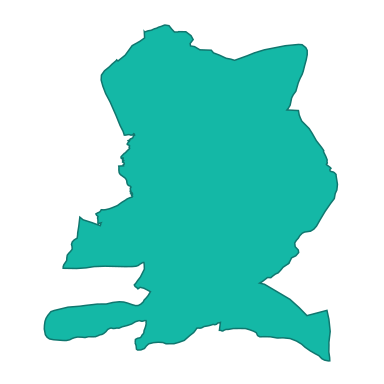 Mbeya Urban, Mbeya, United Republic of Tanzania, rotated 91°
{"feature_id": "72390352B25057310038558", "entity_name": "Mbeya Urban", "entity_type": "district", "adm_level": 2, "iso_a3": "TZA", "parent_name": "United Republic of Tanzania", "parent_adm1": "Mbeya", "projection": "equal_earth", "projection_center": [33.492, -8.905], "detail": "fine", "context": "isolated", "style": "filled", "palette": "teal", "viewbox_px": 384, "rotation_deg": 91, "n_neighbors": 0, "source": "geoboundaries", "source_scale": "gbopen_adm2", "svg_char_len": 5953}
<svg xmlns="http://www.w3.org/2000/svg" viewBox="0 0 384 384"><g transform="rotate(91 192 192)"><path d="M308.0,55.0L313.6,74.9L305.8,82.8L297.6,92.2L283.0,117.9L281.9,122.8L280.3,120.1L276.2,115.0L276.3,111.7L274.7,109.9L272.6,107.2L271.3,104.4L268.3,101.7L265.7,99.7L262.7,95.4L262.4,94.7L261.7,94.4L261.6,93.9L261.2,93.5L260.6,93.5L260.6,93.4L256.1,91.3L254.0,87.1L250.7,84.3L248.2,84.7L244.9,87.9L241.1,88.4L238.5,86.8L236.3,84.9L233.7,83.4L231.3,81.1L230.1,78.8L229.1,72.8L227.0,69.5L223.9,66.9L217.1,63.2L209.1,58.6L201.0,53.2L196.1,49.6L191.1,48.8L187.4,47.2L181.8,46.7L173.3,48.2L171.9,48.3L170.2,50.0L169.5,51.2L169.0,53.7L168.6,54.2L167.8,54.5L166.9,54.4L166.3,53.8L166.1,53.5L165.4,53.8L162.2,58.1L161.7,58.0L161.1,57.6L160.7,57.2L159.0,57.6L157.6,57.4L154.2,58.8L149.5,61.2L148.3,61.0L145.3,63.1L138.5,68.6L131.2,72.9L126.5,76.0L119.2,83.5L116.0,85.0L113.0,86.2L108.7,87.0L108.3,98.5L106.5,97.1L103.5,95.4L96.2,94.0L93.1,92.5L89.4,89.9L81.1,87.7L76.7,86.0L72.4,83.9L69.3,82.9L63.7,81.6L57.8,80.1L52.6,79.2L48.4,79.3L45.6,80.8L42.8,84.5L42.6,88.0L44.1,101.2L48.6,122.2L51.7,131.8L54.8,139.1L59.6,151.7L58.5,155.5L57.7,160.2L54.7,166.9L52.5,173.0L49.9,175.2L49.7,186.6L46.6,192.0L46.0,196.0L43.6,196.5L39.6,193.5L35.7,195.7L31.9,200.9L31.9,208.1L32.3,209.1L32.3,212.4L29.4,215.2L26.1,217.9L25.6,221.3L25.6,222.5L27.0,225.8L27.8,228.3L28.9,230.4L29.4,232.3L31.0,235.6L31.6,238.8L32.9,242.2L32.5,242.5L38.8,242.1L42.2,246.7L46.7,254.4L56.4,261.2L62.3,268.3L61.2,269.6L62.0,270.1L65.5,274.1L68.3,276.8L72.3,281.6L76.7,284.6L81.6,284.8L87.7,283.0L95.2,280.0L103.3,275.5L117.0,269.2L126.9,265.0L132.7,261.9L136.3,260.7L136.3,259.4L135.9,257.6L135.7,256.4L135.8,255.4L136.2,254.2L136.1,252.8L135.7,252.2L134.7,251.3L135.2,250.6L136.3,250.4L136.8,251.4L138.7,252.1L139.0,252.3L139.4,253.2L139.6,253.2L140.0,254.6L140.8,255.2L141.0,255.0L141.2,255.3L141.4,255.9L141.6,255.4L142.4,255.5L142.5,255.8L142.5,256.2L142.8,255.9L143.9,256.9L145.2,257.7L145.7,257.4L146.4,255.7L146.9,255.2L147.5,255.3L148.2,255.7L148.6,255.6L149.0,255.2L149.5,255.1L150.0,255.4L150.7,256.5L151.4,256.8L152.0,257.4L152.4,258.2L152.9,258.5L153.3,258.6L154.2,259.7L154.5,260.3L157.9,263.5L158.8,263.6L159.6,263.3L159.7,262.8L159.3,262.4L159.1,261.8L159.2,261.4L160.4,261.5L161.0,262.1L161.5,262.0L161.9,260.8L162.3,261.0L162.7,261.8L163.2,262.0L163.5,261.6L164.0,260.5L164.8,260.2L165.5,260.4L165.8,261.2L167.0,260.9L167.4,265.7L168.5,265.5L171.3,265.5L173.7,265.2L174.9,264.7L176.1,263.6L179.0,259.4L179.8,258.6L181.1,257.8L181.9,257.5L183.9,257.2L185.2,256.8L186.4,255.9L186.6,255.6L187.1,254.1L187.7,253.4L188.1,253.1L188.3,253.4L188.9,253.4L189.1,253.7L189.3,253.8L190.9,253.6L191.2,253.4L191.3,253.4L191.6,253.7L191.8,253.7L192.0,253.4L192.5,253.8L192.8,253.8L193.0,253.6L193.0,253.0L193.1,252.8L193.3,252.8L193.6,253.1L193.9,253.1L194.0,251.8L194.3,251.6L194.6,252.0L194.8,252.2L195.0,252.8L195.7,251.6L195.8,251.5L196.0,251.7L196.2,252.1L196.2,252.4L196.3,252.4L196.6,252.3L196.6,252.0L197.0,251.8L197.2,251.5L197.4,251.4L197.7,251.8L198.2,251.9L198.7,253.7L199.6,255.8L200.4,257.3L201.1,258.1L203.7,262.2L206.7,266.1L207.4,267.5L209.2,271.7L210.1,274.1L210.2,274.3L211.1,277.8L211.4,279.8L211.3,282.4L211.7,282.7L212.3,282.9L213.5,283.9L214.3,285.4L214.4,285.8L215.6,287.7L216.7,287.1L218.1,285.6L218.4,285.5L218.7,285.7L219.6,286.0L221.2,285.6L223.8,285.5L224.6,285.6L225.3,285.1L225.3,284.8L224.7,283.7L224.4,282.4L224.7,282.6L225.3,282.8L226.0,282.7L227.3,283.2L224.4,291.4L221.7,300.4L219.1,303.7L228.1,304.6L235.1,305.6L236.5,305.6L240.1,306.0L241.9,308.9L243.9,310.8L246.5,311.6L248.5,311.0L251.3,310.8L253.6,312.5L255.2,314.0L257.3,315.6L260.0,316.0L262.7,316.1L267.0,318.9L268.9,319.5L270.5,319.5L270.5,306.2L269.7,296.7L268.3,288.6L267.7,277.7L267.8,257.7L267.6,250.4L267.2,246.7L266.4,244.5L265.0,242.7L263.3,239.8L263.3,238.9L265.6,238.5L270.0,238.3L277.9,242.1L281.5,244.8L284.1,246.5L285.9,248.1L287.5,247.2L288.7,245.4L289.8,244.4L288.2,242.2L289.1,238.3L292.4,231.8L296.4,234.1L298.8,236.0L300.9,238.0L302.6,238.7L305.0,241.2L306.4,243.7L306.6,246.4L305.7,249.8L304.2,254.4L303.2,258.3L303.0,262.7L303.8,269.1L305.5,275.8L305.7,284.6L307.3,296.7L308.1,301.8L309.3,314.0L312.9,327.8L314.1,331.0L317.9,334.0L320.8,335.7L323.8,336.7L327.8,337.2L331.6,337.3L337.3,336.1L339.8,334.3L341.4,331.9L342.1,328.0L342.7,318.3L342.7,315.1L341.9,311.7L340.6,309.3L339.8,307.2L339.0,304.0L339.1,299.4L339.4,296.4L338.5,293.1L338.5,289.7L338.4,286.1L337.4,283.6L336.5,281.8L336.0,279.6L335.1,277.9L333.1,275.6L330.9,273.9L329.7,271.7L329.4,270.4L329.9,268.5L329.8,267.4L329.7,266.4L329.4,265.3L329.3,265.1L329.4,262.6L328.0,259.5L326.6,254.4L325.0,250.0L322.7,246.3L321.6,242.9L321.6,241.5L322.0,240.8L322.1,239.7L321.9,238.6L321.4,237.5L321.4,237.2L321.5,237.0L321.4,236.3L321.4,235.7L322.2,235.5L323.3,235.7L324.3,235.5L327.0,236.0L328.6,236.5L329.3,236.7L330.5,237.2L331.9,237.6L333.3,237.6L334.8,238.4L335.1,238.6L335.4,239.0L336.0,239.5L337.2,240.0L338.1,240.7L338.7,241.5L339.2,243.9L340.4,246.0L343.6,246.2L343.8,246.4L343.7,246.3L346.6,245.2L350.1,244.8L350.9,243.7L350.8,240.4L349.3,236.8L346.7,234.9L344.6,232.7L343.3,228.0L342.8,223.0L343.0,218.4L344.2,215.4L344.0,207.3L342.5,202.4L340.5,197.1L335.4,191.5L332.5,187.9L330.4,186.3L328.1,184.8L328.0,184.3L327.9,182.9L328.0,181.7L327.8,180.5L327.3,179.3L326.3,177.6L325.7,174.4L325.6,173.8L325.5,173.5L325.2,172.2L324.6,170.3L324.0,168.6L324.3,166.9L323.8,165.2L323.1,164.5L322.4,163.7L322.4,162.7L321.9,161.3L329.8,162.2L329.8,161.3L330.1,160.2L330.4,159.7L330.4,158.7L329.6,157.5L328.8,155.6L328.8,153.5L327.8,148.4L327.6,141.8L327.6,136.0L328.8,131.7L330.1,128.0L331.5,125.3L334.4,123.9L335.6,121.7L335.4,117.1L335.4,111.1L336.5,104.2L336.2,98.5L336.8,91.3L339.2,84.9L342.2,79.7L345.2,76.3L348.9,70.8L351.6,65.9L353.4,62.3L356.4,59.3L357.8,56.5L358.5,52.7L358.4,51.3L355.1,51.5L349.5,52.4L342.5,52.4L340.1,52.5L329.0,51.4L316.9,52.9L308.0,55.0Z" fill="#14b8a6" stroke="#0f766e" stroke-width="1.5"/></g></svg>